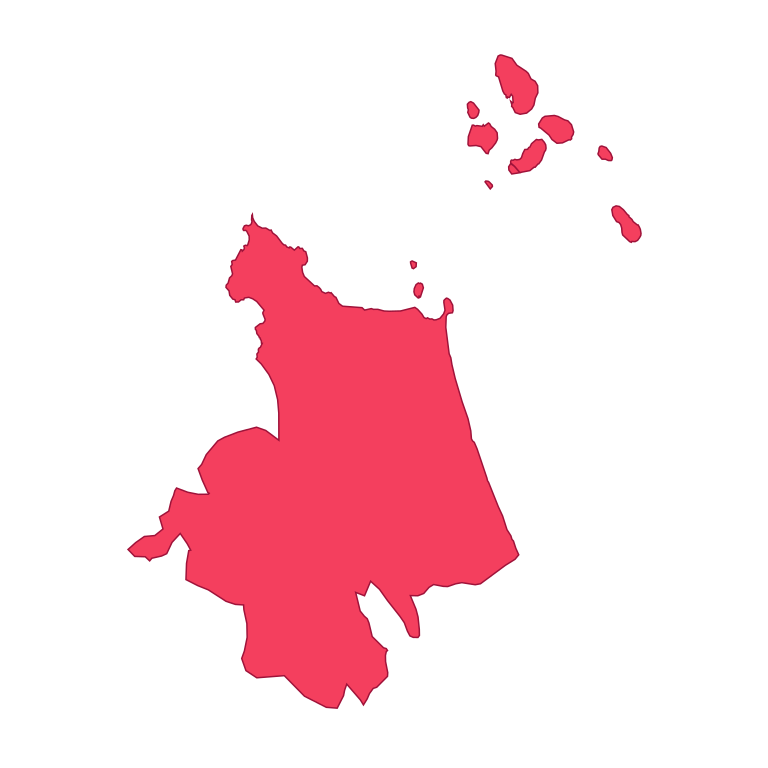 outline of Nias Barat, Sumatera Utara, Indonesia, rotated 176°
{"feature_id": "22746128B23007358779926", "entity_name": "Nias Barat", "entity_type": "district", "adm_level": 2, "iso_a3": "IDN", "parent_name": "Indonesia", "parent_adm1": "Sumatera Utara", "projection": "equal_earth", "projection_center": [97.451, 0.982], "detail": "fine", "context": "isolated", "style": "filled", "palette": "rose", "viewbox_px": 768, "rotation_deg": 176, "n_neighbors": 0, "source": "geoboundaries", "source_scale": "gbopen_adm2", "svg_char_len": 6166}
<svg xmlns="http://www.w3.org/2000/svg" viewBox="0 0 768 768"><g transform="rotate(176 384 384)"><path d="M426.9,65.3L422.7,71.1L420.1,76.2L416.0,81.1L412.4,82.0L400.9,92.1L400.4,95.8L401.8,106.9L401.5,113.1L400.4,116.9L399.1,117.9L400.2,119.9L402.9,120.9L413.4,132.9L415.7,146.7L417.1,151.0L419.8,153.7L423.6,159.2L426.8,178.1L418.2,174.1L411.1,188.2L402.8,179.5L395.6,167.7L384.3,151.1L380.4,144.5L377.9,135.9L375.7,130.9L372.5,129.2L367.8,128.8L366.2,130.7L365.9,136.7L366.3,149.2L367.8,157.1L372.5,171.1L365.0,170.4L358.9,172.3L353.3,178.0L348.5,180.5L339.0,178.0L334.6,177.5L326.4,179.7L320.2,180.4L307.0,177.4L301.7,178.0L275.7,194.6L265.5,200.0L261.5,204.2L264.0,211.0L265.8,218.3L267.2,220.1L268.0,223.7L271.5,230.1L274.9,244.1L278.5,253.5L286.5,278.5L287.5,280.3L287.9,283.0L295.7,312.9L298.0,319.5L299.6,321.0L300.6,323.2L300.7,331.2L302.6,343.5L307.3,360.8L312.6,384.6L314.9,398.7L315.5,405.5L316.9,409.6L318.4,436.2L317.3,446.6L316.7,448.2L314.7,450.0L310.8,450.3L310.0,452.3L310.0,457.9L312.3,463.1L314.5,464.9L315.8,465.3L317.8,463.8L318.4,463.1L318.6,461.2L318.0,453.3L319.7,449.7L323.6,445.6L327.5,444.4L329.7,444.4L331.6,445.6L333.8,445.6L336.0,447.0L337.4,446.3L339.4,447.4L341.3,451.1L345.3,456.2L347.9,458.3L362.4,455.7L373.7,456.2L378.8,456.8L384.9,458.9L389.3,459.2L391.4,460.1L398.2,459.1L400.6,461.7L419.9,464.5L423.4,467.5L425.9,473.8L427.4,474.7L430.4,478.8L431.1,478.5L433.0,479.4L436.1,478.5L439.6,480.5L440.5,482.8L441.9,484.7L444.0,486.6L446.5,486.7L456.0,496.8L457.4,501.0L457.8,506.2L457.2,508.2L454.4,508.5L451.9,511.8L451.6,515.1L452.8,521.4L454.7,522.4L456.0,525.0L458.6,525.1L459.5,526.7L460.3,526.8L464.1,523.8L467.4,527.0L468.4,527.3L469.1,526.4L471.4,527.5L472.5,529.4L474.2,529.8L475.8,531.5L480.8,539.2L484.6,542.5L485.9,545.5L487.0,545.1L491.0,547.8L494.5,547.9L498.9,550.5L502.1,555.3L503.4,559.0L503.5,562.3L504.1,561.4L504.7,556.8L504.3,555.8L505.0,553.4L506.0,552.1L508.2,551.3L510.4,552.0L512.2,551.5L513.8,548.9L513.8,547.7L513.2,546.9L511.2,546.9L510.3,546.0L508.2,541.0L508.4,537.1L510.2,532.4L510.9,531.6L512.4,532.1L513.8,531.7L514.2,531.3L513.8,529.5L514.3,527.9L516.1,526.4L516.4,527.7L517.4,528.0L523.5,518.0L526.4,517.7L527.4,516.9L527.1,513.8L528.6,512.0L527.4,504.4L528.3,502.6L530.7,500.6L532.5,495.5L534.5,493.6L534.9,491.4L532.1,487.7L531.7,483.2L528.9,479.2L526.8,478.5L526.2,476.1L523.4,476.0L520.6,478.0L518.1,477.8L517.4,479.3L516.7,479.6L512.8,479.9L509.1,478.2L505.2,475.2L498.5,466.0L499.9,463.6L499.9,462.5L498.1,456.8L498.5,455.1L500.6,452.9L503.4,452.7L508.4,449.4L508.5,447.6L507.6,446.3L507.3,443.1L505.3,440.1L505.1,438.9L504.2,438.4L504.2,437.2L503.4,435.9L503.4,433.3L502.6,433.1L504.8,429.2L506.0,428.6L506.9,427.5L507.0,424.6L508.7,422.8L508.6,419.5L509.8,417.9L505.0,412.5L498.2,401.6L493.6,390.0L491.2,375.8L491.0,362.2L492.8,335.2L505.2,345.9L514.2,349.8L533.1,346.2L546.8,342.0L553.8,338.8L566.2,326.0L571.5,316.5L575.4,312.6L572.0,300.9L567.3,288.1L566.0,287.2L566.8,286.3L577.0,286.9L587.3,289.7L598.2,294.7L600.1,292.1L601.7,287.5L604.6,281.8L607.6,272.2L617.3,267.0L614.6,254.8L623.2,248.8L633.7,248.6L642.8,243.1L650.9,236.8L644.7,229.4L634.2,228.3L630.1,223.9L627.7,226.4L617.9,227.9L612.6,229.9L606.5,240.8L597.7,249.1L591.5,238.5L588.4,231.7L590.4,231.4L593.5,218.9L595.2,202.7L583.9,195.9L573.6,190.9L556.7,178.2L547.6,174.5L539.5,173.4L539.5,168.5L537.5,154.5L538.2,140.8L541.9,127.4L545.1,120.1L541.7,107.7L531.4,99.8L503.8,100.0L485.1,78.1L464.1,65.5L453.3,63.9L446.1,75.9L444.6,81.4L442.1,87.2L429.6,70.5L426.9,65.3ZM229.4,643.6L222.8,644.3L217.5,648.1L215.0,651.8L213.1,658.6L210.2,663.7L209.9,670.8L212.1,675.4L216.1,678.1L218.4,683.8L220.4,686.0L229.2,692.7L233.6,699.9L243.6,703.9L245.1,704.1L247.3,703.2L250.7,695.9L250.4,688.2L251.0,684.4L250.5,683.6L248.3,682.4L245.0,667.9L243.6,664.8L242.3,664.0L242.0,661.2L241.1,660.7L240.7,661.7L239.0,661.0L236.9,664.1L235.6,662.2L235.5,655.8L236.1,655.4L237.8,657.1L237.0,653.7L237.3,652.0L236.2,650.8L234.1,645.6L229.4,643.6ZM199.4,616.2L194.7,612.1L189.1,612.1L182.5,614.7L181.1,614.4L179.7,615.5L179.7,617.3L178.0,619.6L177.2,622.2L178.9,629.6L182.2,633.7L185.5,634.9L191.6,638.7L195.3,640.0L204.8,639.8L207.5,638.3L211.6,632.6L211.4,629.2L209.9,628.4L202.0,620.8L199.4,616.2ZM233.7,585.5L223.6,586.7L219.2,589.8L218.1,589.7L215.0,592.8L214.3,592.8L211.2,596.5L207.8,604.3L206.5,605.9L205.9,607.9L206.0,611.3L207.2,613.9L209.5,617.0L212.9,616.7L214.9,617.3L220.1,613.4L221.9,610.2L223.1,609.8L224.4,608.1L227.2,608.1L229.5,604.2L231.1,600.2L233.0,598.6L235.9,598.3L237.8,599.0L239.5,598.2L241.3,598.5L242.1,597.4L242.2,595.7L238.5,592.0L233.7,585.5ZM275.5,615.5L270.7,614.0L266.0,607.0L264.1,606.5L262.7,610.0L259.9,612.1L255.8,616.7L254.1,619.6L253.6,621.1L253.6,626.7L255.8,630.4L259.1,633.4L260.5,636.3L261.6,637.1L266.0,634.2L266.9,635.7L268.0,634.2L273.3,635.3L274.9,634.9L276.6,636.0L277.9,636.0L282.6,624.9L283.5,617.3L282.9,615.9L281.8,615.5L275.5,615.5ZM129.0,508.9L127.4,508.1L126.9,508.9L123.6,508.5L121.0,509.6L118.8,512.2L117.5,514.2L117.1,516.3L117.5,520.4L118.3,522.7L119.4,525.0L120.2,525.0L124.1,528.6L125.2,530.9L128.0,533.8L128.0,535.0L129.4,536.1L132.9,541.0L136.8,544.7L140.1,545.5L143.2,544.3L144.6,542.0L144.0,536.1L140.7,529.8L138.2,528.6L136.8,526.5L136.0,523.0L136.0,518.6L135.5,516.0L129.0,508.9ZM147.4,592.8L144.6,591.3L141.8,591.0L141.0,591.6L140.4,593.9L141.8,598.3L145.9,604.4L150.1,606.2L151.8,605.9L152.9,604.4L153.5,601.0L154.5,598.7L154.2,597.7L150.9,593.1L147.4,592.8ZM276.0,642.7L273.8,643.5L271.8,645.3L270.5,648.3L270.1,650.6L275.1,658.0L277.7,659.6L279.4,659.1L281.3,657.3L281.3,653.5L280.7,651.7L281.5,649.1L279.6,644.2L278.3,643.1L276.0,642.7ZM347.1,470.8L344.0,467.5L343.5,467.5L342.9,469.3L342.1,469.0L342.4,467.9L341.6,468.3L338.0,477.2L338.8,480.9L340.5,482.1L341.3,481.7L342.7,482.4L345.1,480.9L347.1,477.2L347.7,473.9L347.1,470.8ZM242.3,595.0L244.5,592.0L244.5,588.7L241.9,584.6L233.7,585.3L238.7,592.0L242.3,595.0ZM347.4,504.8L349.0,504.0L349.0,502.6L347.9,497.7L346.6,497.0L343.8,498.8L343.3,502.6L347.4,504.8ZM269.1,578.6L264.4,571.2L262.1,573.4L262.1,574.9L264.9,578.2L266.0,579.0L268.3,579.4L269.1,578.6Z" fill="#f43f5e" stroke="#9f1239" stroke-width="1.5"/></g></svg>